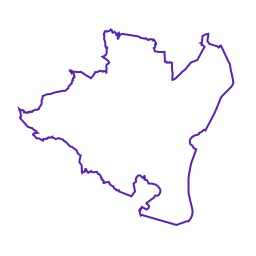 Atoyac, Jalisco, Mexico, rotated 177°
{"feature_id": "50627088B59976990100146", "entity_name": "Atoyac", "entity_type": "district", "adm_level": 2, "iso_a3": "MEX", "parent_name": "Mexico", "parent_adm1": "Jalisco", "projection": "robinson", "projection_center": [-103.437, 20.007], "detail": "fine", "context": "isolated", "style": "outline", "palette": "violet", "viewbox_px": 256, "rotation_deg": 177, "n_neighbors": 0, "source": "geoboundaries", "source_scale": "gbopen_adm2", "svg_char_len": 5866}
<svg xmlns="http://www.w3.org/2000/svg" viewBox="0 0 256 256"><g transform="rotate(177 128 128)"><path d="M24.4,189.5L30.7,205.1L31.0,204.9L31.9,205.2L32.3,204.2L33.3,203.6L34.1,204.7L42.3,207.7L44.1,210.4L43.9,212.1L43.0,216.4L42.9,217.8L43.5,217.6L44.5,217.7L45.5,217.5L48.9,215.8L49.2,212.7L49.7,210.0L49.9,209.4L50.5,209.2L49.9,209.0L50.2,207.1L49.3,207.0L47.3,205.2L55.2,192.2L61.8,190.1L68.4,182.8L70.3,181.8L72.0,180.1L78.2,174.8L81.0,173.6L81.2,173.8L80.8,179.0L80.6,179.5L80.5,180.8L80.8,182.1L80.9,187.4L80.5,191.4L80.5,191.1L83.0,191.1L83.0,191.4L86.0,191.2L86.1,192.1L87.6,192.3L87.6,202.1L91.2,202.1L94.4,202.5L97.2,203.3L97.5,205.6L98.1,206.2L98.2,206.5L97.5,206.8L96.5,207.8L96.7,210.0L95.6,210.1L95.6,211.5L97.2,214.3L97.4,214.1L98.7,214.2L98.6,215.1L100.7,215.6L101.9,215.3L102.3,214.9L103.6,215.0L103.6,215.5L104.3,215.7L105.3,216.2L105.6,216.7L106.2,216.3L107.1,216.4L107.8,216.6L108.6,217.0L110.8,217.4L111.0,217.9L112.8,218.9L128.9,222.3L129.9,222.0L130.9,221.4L132.0,220.1L132.9,218.5L133.0,217.8L133.4,217.7L133.6,218.0L133.7,218.5L131.9,222.6L132.2,223.6L133.5,222.6L134.1,221.6L134.7,221.4L134.7,222.1L135.2,223.4L136.6,224.9L137.7,224.1L138.2,223.9L138.5,224.0L138.9,225.8L139.2,226.6L140.0,227.3L141.2,226.1L142.8,225.6L144.1,225.4L144.6,225.9L145.8,225.8L146.3,225.3L146.4,225.0L146.2,224.8L147.3,223.0L147.3,222.2L147.0,221.6L146.7,221.6L146.7,221.4L147.2,218.7L146.9,217.1L146.2,214.7L146.4,211.1L145.8,209.2L145.3,208.8L145.0,208.9L144.7,209.3L144.6,209.0L145.4,206.2L145.2,204.7L146.1,202.4L146.8,202.0L147.0,201.6L148.1,201.1L148.6,200.7L149.7,200.5L148.6,199.5L147.4,198.9L144.3,196.1L143.3,194.5L143.4,194.3L144.0,193.7L144.3,193.2L145.5,192.8L146.1,192.2L146.3,191.8L146.5,189.7L146.2,188.6L146.5,187.7L146.6,184.7L146.9,184.5L147.2,185.5L147.6,185.9L148.4,185.9L148.8,186.1L149.3,186.2L149.8,185.9L150.0,185.6L150.8,185.8L152.4,186.7L153.9,186.3L154.5,186.0L156.0,185.4L157.8,185.5L158.0,184.8L160.5,181.5L162.5,179.7L163.4,180.5L166.8,182.5L169.5,184.7L170.9,185.5L171.6,186.3L173.9,186.5L174.4,186.3L176.2,186.7L178.4,186.9L180.1,187.3L182.3,188.6L182.7,188.6L182.1,187.7L182.4,187.6L182.1,187.4L182.0,186.6L181.5,186.2L181.2,185.4L180.9,185.6L180.0,185.7L179.1,184.6L179.1,182.8L178.9,182.2L179.0,181.8L178.8,181.6L179.5,181.0L179.8,181.1L180.0,180.9L180.0,180.5L180.4,180.1L180.5,179.6L180.4,178.9L181.0,178.8L181.1,178.0L181.3,177.9L181.7,176.6L181.9,175.3L182.8,174.8L184.3,173.2L185.1,172.7L185.6,170.8L187.3,169.6L187.8,168.9L188.7,168.4L190.4,168.6L199.6,167.3L201.5,166.7L202.5,166.2L206.9,165.8L209.0,165.4L210.9,164.4L211.3,164.4L211.9,163.0L211.8,161.8L212.4,161.1L212.9,159.9L212.7,159.0L213.0,157.2L213.0,156.6L214.5,154.2L214.9,154.0L215.6,153.0L215.9,151.9L216.2,152.0L217.5,150.9L219.5,151.2L222.1,150.1L222.7,149.2L223.4,148.9L224.0,149.5L224.7,149.6L225.5,149.3L225.7,148.9L226.3,148.9L226.4,148.7L226.7,148.7L226.9,149.1L227.2,149.1L227.3,148.8L228.1,148.4L229.5,148.6L229.6,149.0L230.2,149.5L230.4,149.2L230.7,149.5L230.6,149.9L230.9,150.0L231.2,150.5L231.4,150.2L231.5,150.8L232.0,151.0L232.3,151.3L233.0,151.6L233.6,151.3L233.9,151.3L234.4,151.7L234.6,151.6L235.1,151.7L235.1,152.1L235.6,152.6L235.2,150.9L234.6,149.3L234.6,148.6L234.4,147.7L234.4,146.7L234.1,145.6L234.4,145.3L234.3,145.0L234.9,144.7L235.2,144.3L235.1,143.7L235.2,143.3L234.6,142.8L234.6,142.7L228.0,134.5L224.8,133.1L223.9,133.0L222.1,131.1L219.4,129.3L219.3,128.3L218.8,127.9L221.0,127.8L222.4,127.5L222.9,127.0L223.1,126.2L221.1,124.4L220.1,122.7L219.3,122.3L217.8,122.4L217.1,122.1L214.4,120.3L213.4,119.9L213.0,121.1L213.3,121.1L212.9,121.4L212.7,121.2L212.5,121.3L210.4,121.5L209.7,121.4L209.6,121.8L209.2,121.9L208.8,122.3L208.4,122.2L207.9,122.8L205.9,122.4L204.3,123.1L204.4,122.5L203.9,122.5L202.1,121.7L201.5,121.1L200.7,120.8L199.3,121.0L197.8,121.6L195.8,120.6L193.3,119.7L192.1,117.9L191.0,117.6L186.9,112.7L186.2,112.3L185.0,112.2L183.1,110.4L180.7,108.7L180.4,108.4L179.6,105.4L177.2,103.2L176.8,103.1L177.6,99.9L178.0,98.6L178.3,97.1L178.2,96.1L177.9,95.6L177.2,94.9L176.5,93.7L176.2,92.7L176.3,87.7L176.1,87.3L176.5,86.6L176.1,85.5L175.2,86.5L174.4,86.3L173.5,86.8L172.6,89.3L172.3,89.3L171.9,89.0L171.6,86.8L170.6,86.7L170.1,86.3L170.0,85.5L169.3,85.9L168.5,85.9L167.8,86.3L167.2,87.0L166.1,85.9L165.4,85.6L163.7,85.6L162.5,85.9L161.3,85.7L160.4,83.8L159.6,83.4L159.2,83.4L158.5,82.7L158.0,81.7L157.5,79.6L156.9,79.5L157.1,78.3L156.7,77.8L155.6,77.2L155.1,76.7L155.5,74.9L155.2,74.2L154.8,74.2L153.4,74.9L150.0,75.2L149.5,74.5L149.5,73.4L148.9,73.0L148.1,71.6L147.2,71.2L146.2,70.4L145.5,70.4L145.1,68.6L144.7,68.1L143.8,67.8L143.4,67.4L142.9,67.2L142.9,66.4L142.3,66.2L140.2,66.2L140.2,65.1L128.1,59.6L125.5,63.0L124.3,64.2L125.4,72.2L122.8,73.9L122.7,75.1L123.0,75.9L122.9,76.7L122.4,77.8L122.2,77.6L120.8,79.8L118.8,80.2L118.4,80.0L115.7,77.3L114.4,79.2L114.7,79.6L114.0,79.2L113.7,77.2L114.0,75.6L111.8,74.8L110.4,71.5L108.6,71.4L106.5,71.0L103.8,70.2L102.7,69.6L102.1,68.9L101.3,68.5L99.2,65.4L99.0,64.5L99.0,62.7L100.0,60.5L101.3,59.1L102.0,58.8L103.1,59.1L104.3,59.1L104.8,58.8L105.5,57.3L113.5,52.1L113.5,51.6L113.2,51.2L111.7,50.0L111.0,49.0L112.0,46.6L113.7,45.6L118.2,48.4L118.6,47.5L119.0,47.5L119.6,46.7L120.1,46.3L120.3,46.3L120.9,45.3L119.9,45.3L120.7,44.0L119.9,39.9L118.7,40.4L117.8,40.1L92.7,31.4L84.9,28.7L84.4,28.7L73.8,31.9L72.9,31.5L71.5,32.6L69.9,34.7L68.9,36.7L68.2,38.8L67.9,41.5L68.1,44.1L70.1,54.6L70.8,59.2L70.8,63.1L70.2,74.3L69.8,77.1L67.9,85.1L66.6,89.9L61.8,101.1L61.1,103.1L63.3,104.4L65.0,107.4L65.9,108.0L66.7,108.9L67.0,109.8L67.0,111.0L66.7,112.9L66.4,113.5L64.2,115.9L61.7,117.1L60.2,117.3L57.7,118.0L57.2,119.3L54.7,120.3L54.1,120.9L52.2,122.3L50.8,121.5L40.8,138.3L36.5,147.2L34.1,152.5L33.3,153.9L30.9,156.3L23.5,163.0L22.8,163.5L21.0,166.2L20.7,166.8L20.4,167.9L21.0,173.0L22.3,180.6L22.9,186.1L23.4,187.6L24.4,189.5Z" fill="none" stroke="#5b21b6" stroke-width="2"/></g></svg>